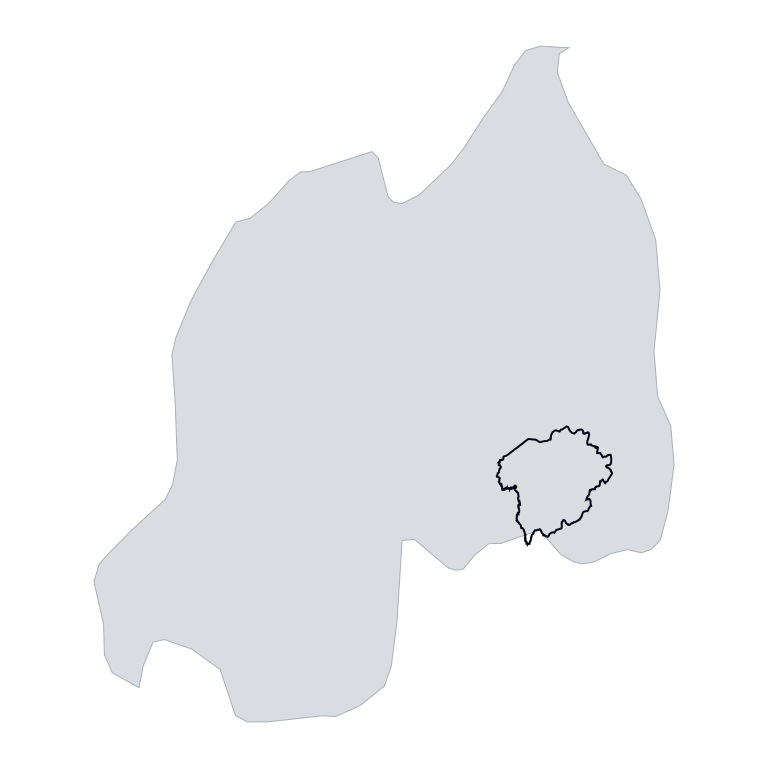 location of Ngoma, Eastern, Rwanda
{"feature_id": "39286606B28964371534134", "entity_name": "Ngoma", "entity_type": "district", "adm_level": 2, "iso_a3": "RWA", "parent_name": "Rwanda", "parent_adm1": "Eastern", "projection": "equal_earth", "projection_center": [30.488, -2.198], "detail": "fine", "context": "in_parent", "style": "outline", "palette": "ink", "viewbox_px": 768, "rotation_deg": 0, "n_neighbors": 0, "source": "geoboundaries", "source_scale": "gbopen_adm2", "svg_char_len": 7091}
<svg xmlns="http://www.w3.org/2000/svg" viewBox="0 0 768 768"><path d="M300.5,171.9L309.9,171.6L372.0,151.6L378.1,157.8L388.1,196.6L393.4,202.2L402.1,203.6L419.4,194.7L451.3,164.4L465.3,146.0L481.7,120.1L502.6,90.9L514.3,65.4L525.7,50.5L540.7,46.1L557.2,47.2L568.7,47.7L559.3,53.8L557.3,72.4L568.2,102.3L603.8,164.0L626.4,175.3L641.2,199.3L655.7,239.7L660.0,290.3L654.0,351.1L657.6,396.3L670.7,425.9L674.1,464.4L667.9,511.7L660.3,539.9L651.4,549.3L641.3,552.8L627.6,549.6L610.9,553.6L592.7,562.5L581.3,563.8L574.2,562.1L560.8,554.5L539.6,530.1L500.1,543.6L489.4,543.3L474.9,554.9L463.1,569.2L455.9,570.2L448.6,568.2L414.5,539.4L402.1,540.4L397.0,621.3L391.3,666.2L384.3,686.2L360.0,705.6L335.4,716.6L322.0,715.8L268.1,721.8L247.0,721.9L235.4,715.3L220.2,669.5L191.6,649.0L164.2,639.5L153.0,642.2L143.1,666.2L139.0,687.7L112.4,672.9L104.4,654.7L103.6,624.0L93.9,581.8L99.3,563.9L109.7,552.3L131.8,530.0L165.4,499.2L172.6,484.4L177.3,459.9L175.2,402.9L171.9,354.8L175.9,337.6L191.2,300.4L211.8,262.4L235.8,222.1L250.2,218.2L269.2,202.9L289.3,180.3L300.5,171.9Z" fill="#d9dde1" stroke="#a8b0b8" stroke-width="1"/><path d="M499.9,460.2L499.7,461.1L498.7,462.3L499.7,462.3L499.6,462.6L499.3,463.1L499.1,464.2L498.7,465.2L498.9,465.3L499.5,465.0L499.9,465.2L500.9,466.8L500.6,468.0L499.5,468.9L499.0,471.6L499.0,472.6L498.8,472.8L497.8,473.2L497.4,474.7L496.8,476.1L496.9,476.3L497.2,475.9L497.7,476.8L499.1,477.5L499.6,477.8L499.7,478.2L499.6,478.8L499.3,479.4L499.4,480.0L499.3,481.2L498.7,481.7L498.7,482.1L499.2,482.4L499.7,483.4L500.2,483.4L501.0,483.9L501.0,484.2L500.4,484.3L500.3,484.5L500.9,485.0L501.3,484.6L501.5,484.6L501.5,485.5L501.2,485.5L501.2,485.8L501.9,486.0L502.0,486.3L502.1,486.8L502.1,488.7L502.3,489.9L502.5,490.0L502.9,489.8L503.8,489.9L503.6,489.5L503.9,489.0L504.0,489.0L504.3,489.5L504.6,489.4L504.8,488.5L506.5,487.5L506.7,487.8L506.2,488.0L506.5,488.7L506.7,488.9L507.0,488.8L507.4,487.7L507.5,488.0L507.5,489.0L507.7,488.2L507.8,487.9L508.0,487.9L508.5,488.0L508.8,488.8L509.6,488.7L509.7,489.2L510.1,488.3L510.6,487.7L511.0,488.0L510.7,488.7L511.2,488.9L511.3,488.9L511.4,487.9L512.0,487.4L512.2,487.5L512.3,488.4L512.5,488.4L513.4,488.1L513.8,486.9L514.8,485.6L515.0,485.6L515.3,486.4L515.8,486.1L516.0,486.4L516.3,487.0L516.2,487.4L516.1,487.6L515.5,487.9L514.7,488.8L514.7,489.6L515.0,490.2L515.7,490.6L516.0,491.2L516.8,491.6L517.1,492.2L517.4,492.2L518.1,493.0L518.6,496.5L518.4,497.1L518.1,497.5L518.0,498.7L518.3,499.0L518.2,499.6L518.4,500.3L518.8,500.7L518.6,501.0L518.7,501.3L519.4,501.0L519.5,502.0L519.8,502.4L519.6,502.8L519.6,503.2L519.9,503.5L519.9,504.4L519.9,504.6L519.3,504.3L519.0,504.8L518.6,504.8L518.3,505.3L518.7,506.6L518.3,506.7L518.4,507.7L518.8,508.7L519.2,509.3L519.2,511.3L519.1,511.8L519.1,512.3L518.4,513.4L518.1,512.8L517.9,512.8L517.9,513.2L518.3,514.2L517.7,514.1L517.3,515.1L517.2,515.2L516.8,515.0L516.7,515.4L517.1,516.0L517.2,516.4L517.1,516.6L516.8,516.8L516.8,517.6L516.5,518.3L516.9,519.0L516.9,519.4L516.9,519.8L516.5,520.5L517.2,521.4L517.6,521.2L517.9,522.0L518.8,522.6L519.3,523.8L520.8,525.1L521.0,525.6L520.9,527.0L521.1,527.9L521.5,528.2L522.6,528.2L523.8,529.5L523.7,530.3L524.2,531.0L524.9,533.9L525.3,534.3L525.5,534.7L525.4,535.3L524.9,535.9L525.2,536.5L525.3,537.6L525.5,538.0L525.4,538.4L524.9,538.5L525.1,539.2L525.5,539.4L525.1,540.4L525.3,540.8L525.4,541.2L525.6,541.5L526.3,541.4L526.4,541.5L526.6,542.2L526.5,543.0L526.9,542.8L527.0,543.0L526.9,543.7L527.3,543.7L527.5,544.4L527.9,543.7L528.3,544.0L529.0,543.6L529.4,543.9L529.6,543.8L529.7,542.4L530.0,541.4L530.3,541.4L530.5,541.0L531.2,538.4L531.0,537.3L531.5,536.9L531.6,535.3L531.9,534.9L532.8,534.2L533.1,533.2L533.5,533.1L533.6,532.9L533.9,531.8L535.0,530.3L535.5,530.2L536.6,530.3L537.4,529.8L538.3,530.0L539.7,529.2L540.3,529.7L540.5,530.1L541.0,530.7L541.8,532.9L543.1,534.2L543.2,535.4L543.6,535.5L544.6,535.0L545.1,535.9L545.6,536.3L546.7,536.2L547.8,536.8L548.6,536.1L549.5,533.9L550.4,533.5L551.4,532.6L553.5,532.3L554.3,532.9L556.2,530.0L561.5,528.4L561.6,527.4L561.8,526.4L561.6,523.1L562.0,522.3L561.9,522.0L562.6,521.3L563.3,520.1L564.3,520.1L564.9,520.6L565.2,521.0L565.5,522.1L566.0,523.1L566.4,523.4L567.5,524.2L568.0,524.3L568.1,524.8L568.7,525.0L569.0,524.8L569.5,525.0L570.3,524.5L570.5,524.0L571.5,523.3L572.0,523.4L572.4,523.0L573.1,523.0L573.8,522.2L575.2,522.1L578.8,520.0L579.2,519.6L579.7,518.9L579.9,519.1L580.1,518.6L580.8,517.8L581.6,516.5L582.3,513.9L583.3,512.1L584.1,511.6L586.6,511.1L587.2,511.2L587.6,510.9L588.0,510.5L588.6,509.3L588.8,508.3L589.2,507.9L589.3,507.5L590.3,506.2L591.1,506.0L590.6,504.1L590.6,501.7L590.4,500.6L590.2,500.1L589.8,499.7L589.4,498.9L588.7,498.9L588.4,499.3L587.4,499.5L586.8,499.4L586.3,499.7L587.3,496.9L587.8,496.0L588.7,495.2L589.3,494.0L589.8,490.7L589.9,490.0L590.3,489.9L590.5,490.1L591.0,489.9L591.1,490.1L591.4,489.9L591.5,489.6L592.1,489.2L594.5,489.3L595.0,489.2L595.0,487.9L595.5,487.5L595.6,487.1L596.1,487.1L596.4,486.6L596.9,486.3L597.9,486.4L598.5,486.0L599.2,486.0L599.5,485.6L599.9,483.5L599.9,481.9L600.0,481.3L601.2,481.4L601.4,480.6L602.1,480.1L602.7,479.5L602.9,479.6L603.1,480.4L605.2,483.1L606.1,481.8L607.5,481.2L608.4,479.3L611.5,474.4L612.1,473.1L611.8,472.6L611.6,472.0L611.1,471.6L611.0,470.6L610.8,470.6L610.6,470.1L610.4,470.1L610.3,469.8L610.1,469.7L609.8,469.0L608.9,468.3L606.6,467.2L606.1,466.3L606.5,466.1L606.5,465.8L606.8,465.7L606.9,465.4L607.3,465.1L608.6,465.2L610.1,464.7L610.4,464.1L610.8,463.7L611.0,462.9L611.3,459.7L611.0,456.8L610.6,454.9L609.7,454.8L609.1,455.0L608.7,455.0L608.4,455.2L608.0,455.1L607.2,455.7L606.7,456.2L606.0,456.7L605.2,456.6L604.4,456.8L604.2,456.6L603.9,456.7L603.6,457.1L602.8,457.3L602.1,456.3L601.7,455.1L600.4,453.6L600.3,453.0L597.2,453.1L597.2,451.0L597.5,450.5L597.7,449.9L597.7,449.0L598.0,447.8L597.7,447.6L597.3,447.0L596.8,446.8L596.5,448.2L595.4,447.7L595.2,447.3L594.8,446.2L593.8,446.3L593.6,446.1L592.3,445.5L591.5,445.4L591.2,445.3L590.9,444.4L589.8,444.5L588.8,444.8L587.7,444.6L587.2,442.9L587.4,440.6L588.1,439.2L588.4,437.7L588.7,436.8L589.2,434.5L588.6,432.6L587.6,432.4L587.1,432.9L586.6,432.8L585.7,433.0L585.2,433.7L583.6,433.7L583.1,433.1L583.4,432.1L583.1,431.6L582.7,430.4L581.6,429.6L581.2,429.7L580.3,429.6L579.1,429.8L578.8,430.2L578.3,430.0L577.6,430.0L577.1,430.8L576.6,431.0L575.9,432.3L575.1,432.8L574.2,433.6L573.9,433.5L573.8,433.4L572.8,433.2L571.9,432.8L571.2,432.0L570.5,431.6L570.3,431.0L569.7,430.4L568.8,428.8L568.4,427.7L567.9,427.0L566.6,426.5L562.3,429.4L561.0,429.6L559.5,431.6L556.4,430.4L554.9,430.5L553.8,431.3L552.6,432.2L551.4,434.4L551.0,435.6L551.0,436.7L550.5,438.1L550.8,438.6L550.6,439.3L550.4,439.1L548.2,440.2L548.0,440.5L547.3,440.9L543.3,441.3L541.4,441.9L540.4,442.1L539.7,442.1L538.5,441.5L537.3,440.5L535.7,439.7L531.8,439.4L529.0,439.0L528.0,439.2L524.0,442.2L523.5,442.8L519.5,445.7L518.7,446.5L517.4,447.4L516.9,447.9L513.8,449.9L512.9,450.9L512.2,451.3L507.6,454.9L506.4,455.6L503.6,456.6L503.4,456.9L503.4,457.2L503.3,459.0L502.9,459.6L502.2,459.6L501.7,460.1L501.4,459.9L501.1,459.9L499.9,460.2Z" fill="none" stroke="#020617" stroke-width="2"/></svg>